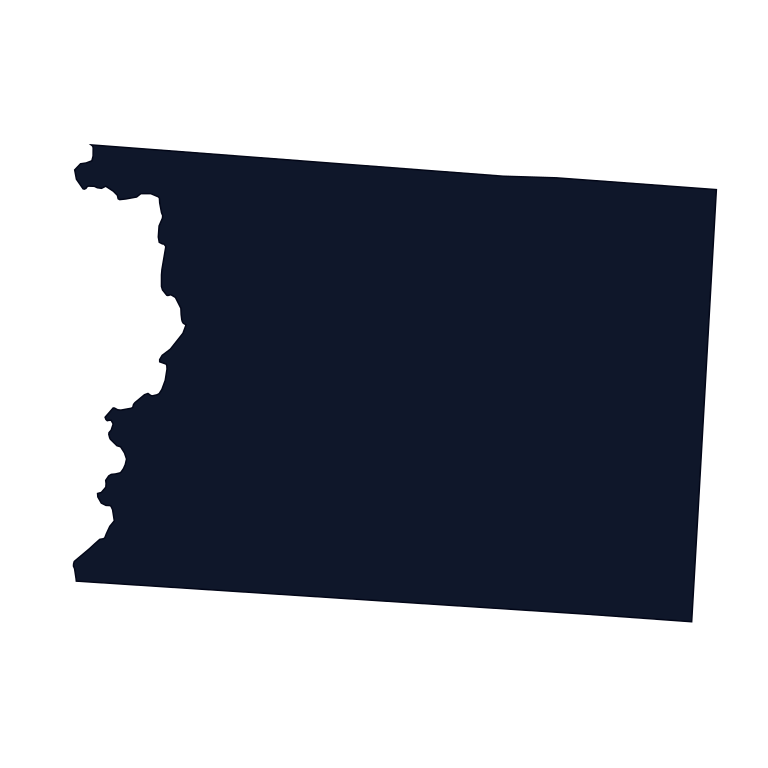 Sioux, Iowa, United States of America, rotated 4°
{"feature_id": "52423323B71444567785310", "entity_name": "Sioux", "entity_type": "district", "adm_level": 2, "iso_a3": "USA", "parent_name": "United States of America", "parent_adm1": "Iowa", "projection": "albers", "projection_center": [-96.475, 43.084], "detail": "fine", "context": "isolated", "style": "filled", "palette": "ink", "viewbox_px": 768, "rotation_deg": 4, "n_neighbors": 0, "source": "geoboundaries", "source_scale": "gbopen_adm2", "svg_char_len": 1752}
<svg xmlns="http://www.w3.org/2000/svg" viewBox="0 0 768 768"><g transform="rotate(4 384 384)"><path d="M75.2,165.9L76.8,167.0L77.4,168.7L77.9,176.9L77.0,181.7L71.4,184.3L65.9,185.5L60.5,192.0L62.9,201.2L70.2,210.3L71.5,210.5L73.0,209.7L74.0,208.0L75.2,207.2L81.3,207.0L84.3,208.2L88.6,208.5L92.6,206.1L100.6,210.6L104.9,214.4L105.9,217.8L107.5,218.5L113.6,217.4L124.2,214.7L128.1,211.1L138.2,210.4L146.0,213.1L147.0,214.3L147.6,218.9L150.1,228.6L151.5,231.5L151.4,234.1L148.6,242.0L148.6,253.1L149.9,258.3L153.1,259.7L154.6,259.7L156.5,261.6L156.7,262.8L154.5,285.1L154.4,290.6L155.2,302.2L156.5,305.6L161.1,310.6L162.2,310.8L165.2,309.8L169.9,312.2L176.1,322.6L176.8,328.8L177.8,334.0L178.5,335.9L179.6,337.4L182.4,338.8L179.9,347.4L171.9,359.1L168.5,364.1L160.7,370.9L158.5,375.3L158.7,377.5L165.4,379.4L166.1,381.0L166.5,384.3L166.4,385.3L165.5,395.6L162.8,404.9L160.4,409.3L158.3,410.6L153.7,412.0L152.1,411.7L149.2,409.9L145.8,411.4L136.9,419.9L135.6,421.8L135.0,424.9L133.6,425.8L123.3,428.4L120.1,428.3L116.8,426.8L115.5,426.8L108.1,436.6L109.1,438.8L110.5,439.9L112.2,439.4L114.3,439.2L116.5,442.5L116.5,443.3L115.0,449.2L113.1,451.6L113.0,453.5L114.1,456.8L114.9,458.2L121.9,464.2L125.6,465.0L129.9,470.8L132.4,476.8L131.5,482.5L130.0,486.6L127.8,490.3L126.8,491.1L122.3,492.5L118.2,493.2L115.8,494.9L113.1,499.5L113.7,502.7L113.7,506.3L109.6,511.9L105.9,513.2L106.4,516.6L110.3,522.5L115.1,524.5L119.2,524.4L120.2,525.0L122.0,528.3L124.5,539.3L120.4,545.1L117.5,552.7L116.2,556.9L115.0,557.9L111.3,558.8L106.6,563.6L101.6,568.9L87.4,582.6L86.9,585.0L86.9,587.3L88.2,589.8L90.4,599.7L90.8,602.1L600.2,599.5L707.5,599.7L706.2,490.9L702.0,166.9L541.7,166.3L488.4,168.4L75.2,165.9Z" fill="#0f172a" stroke="#020617" stroke-width="1.5"/></g></svg>